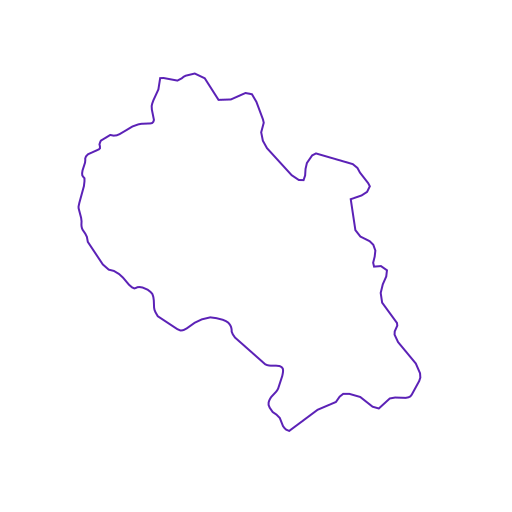 map outline of Frosinone (Mercator projection), rotated 195°
{"feature_id": "ITA-5425", "entity_name": "Frosinone", "entity_type": "Province", "adm_level": 1, "iso_a3": "ITA", "parent_name": "Italy", "parent_adm1": "", "projection": "mercator", "projection_center": [13.565, 41.628], "detail": "fine", "context": "isolated", "style": "outline", "palette": "violet", "viewbox_px": 512, "rotation_deg": 195, "n_neighbors": 0, "source": "natural_earth", "source_scale": "10m", "svg_char_len": 2418}
<svg xmlns="http://www.w3.org/2000/svg" viewBox="0 0 512 512"><g transform="rotate(195 256 256)"><path d="M224.6,370.6L186.3,369.8L180.8,367.3L177.2,363.5L166.5,355.4L164.1,352.8L165.3,346.7L169.7,341.8L179.2,335.4L166.7,306.7L160.2,301.8L150.0,299.7L145.6,297.2L142.1,292.1L141.2,286.1L141.1,279.8L139.2,276.3L132.7,278.6L125.8,276.1L124.9,269.9L126.2,261.5L126.0,252.6L122.1,243.6L102.5,227.8L101.5,225.3L102.5,219.1L101.8,215.9L96.5,209.6L73.8,193.5L67.2,185.2L65.8,181.1L66.0,177.5L69.7,162.3L70.6,160.3L72.1,159.0L74.7,157.7L85.0,155.3L89.9,153.0L97.9,140.5L104.4,140.6L118.8,146.8L130.2,147.0L136.1,145.4L138.8,141.8L141.0,135.7L156.7,123.4L178.7,95.6L182.0,96.1L184.0,97.2L185.9,98.7L191.1,105.7L195.2,108.1L199.5,109.6L203.5,113.0L205.3,115.4L205.9,117.8L205.8,119.9L205.4,121.9L204.8,123.8L201.5,130.0L200.8,131.7L200.3,133.7L199.6,146.8L199.7,148.9L199.9,150.9L200.3,152.7L201.0,154.2L202.5,155.3L204.7,155.8L208.6,155.2L213.3,153.9L215.1,153.6L217.1,153.5L219.1,153.8L255.2,171.8L258.1,174.3L259.9,176.6L260.4,178.3L261.0,179.7L261.8,181.1L262.9,182.4L264.2,183.5L265.7,184.5L268.2,185.3L271.6,185.8L278.2,185.7L284.3,184.9L291.9,180.8L297.9,175.7L304.2,168.1L306.7,165.8L308.2,165.0L309.7,164.5L313.1,165.0L335.3,172.4L338.5,175.6L340.1,177.7L341.1,179.8L343.2,186.6L344.5,189.7L345.4,191.2L346.4,192.6L348.6,194.0L351.9,195.4L357.4,196.2L360.4,195.9L362.4,195.2L363.7,194.1L365.1,193.2L367.6,193.6L371.3,195.4L378.9,200.7L383.5,203.1L389.4,204.8L394.7,204.7L401.8,208.2L422.1,226.1L424.3,230.7L426.6,233.3L430.3,236.5L431.3,237.8L432.1,239.3L432.7,240.9L433.5,244.4L434.8,247.6L439.7,256.2L440.2,257.8L440.4,261.6L440.3,278.9L441.0,283.7L441.8,286.7L443.7,288.0L444.7,289.0L445.4,291.0L445.7,293.8L445.3,301.9L445.7,304.4L446.2,306.0L446.0,308.2L444.6,310.8L435.3,318.4L434.6,319.7L435.2,321.7L436.1,323.3L436.0,325.5L435.7,327.3L428.1,335.2L424.7,335.4L421.8,336.5L419.3,338.4L409.2,348.8L408.5,349.4L403.7,352.7L401.0,354.0L392.1,356.8L390.7,357.6L389.9,359.1L389.8,361.0L394.5,370.5L395.6,373.9L395.7,376.4L395.4,379.9L393.4,391.6L394.6,403.0L391.4,404.0L377.3,405.1L373.7,408.4L372.3,410.4L370.5,412.0L362.4,416.4L351.5,414.4L332.6,397.1L320.8,400.7L308.4,410.7L301.8,411.2L295.5,405.0L284.6,389.7L283.0,386.7L283.0,376.8L279.2,369.1L273.3,363.0L242.5,343.3L234.3,340.5L229.7,341.6L229.4,346.5L230.7,353.0L230.9,359.0L227.8,367.7L224.6,370.6Z" fill="none" stroke="#5b21b6" stroke-width="2"/></g></svg>